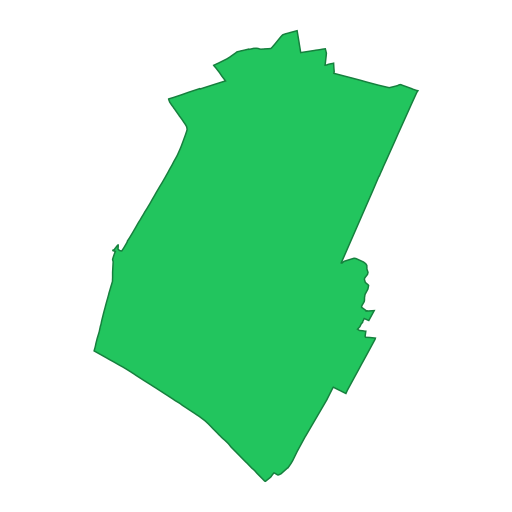 the district of Stefanestii De Jos, Ilfov, Romania
{"feature_id": "2599482B64746522486763", "entity_name": "Stefanestii De Jos", "entity_type": "district", "adm_level": 2, "iso_a3": "ROU", "parent_name": "Romania", "parent_adm1": "Ilfov", "projection": "robinson", "projection_center": [26.191, 44.546], "detail": "fine", "context": "isolated", "style": "filled", "palette": "green", "viewbox_px": 512, "rotation_deg": 0, "n_neighbors": 0, "source": "geoboundaries", "source_scale": "gbopen_adm2", "svg_char_len": 5094}
<svg xmlns="http://www.w3.org/2000/svg" viewBox="0 0 512 512"><path d="M94.1,350.9L97.3,352.7L99.8,354.1L104.8,356.9L109.7,359.7L113.4,361.7L119.3,365.1L123.0,367.1L126.8,369.4L129.2,370.9L131.7,372.5L134.2,374.1L136.2,375.5L144.3,380.7L148.3,383.2L150.7,384.7L153.3,386.4L156.2,388.2L158.8,389.9L163.9,393.2L171.3,398.0L172.1,398.5L175.3,400.7L177.0,401.7L178.4,402.5L180.3,403.7L182.2,405.2L185.1,407.1L189.8,410.2L194.7,413.4L197.0,415.0L197.4,415.2L198.0,415.6L199.5,416.6L200.4,417.3L202.4,418.8L204.8,420.6L208.5,424.0L213.0,428.7L213.6,429.3L214.2,429.9L216.0,431.7L216.7,432.4L217.4,433.1L218.6,434.4L219.4,435.2L220.4,436.1L221.4,437.2L222.8,438.5L224.8,440.2L227.1,442.4L228.5,443.8L231.1,447.1L243.8,460.0L246.2,462.4L247.1,463.2L248.8,465.0L252.0,468.3L253.6,469.6L255.1,471.1L256.8,473.1L264.7,481.1L265.5,481.3L270.8,477.0L272.2,475.0L273.9,472.9L274.2,472.9L277.3,474.7L277.4,474.8L277.5,474.8L277.8,474.9L278.1,475.0L279.5,474.5L280.9,473.8L281.0,473.8L287.5,468.0L287.8,468.0L289.2,466.1L291.1,463.3L292.7,460.6L297.3,451.2L305.4,436.3L305.6,436.1L327.0,399.5L327.3,398.8L332.7,388.1L333.2,387.3L333.3,387.2L345.5,393.3L345.9,393.5L347.4,390.2L349.9,385.6L353.7,378.6L358.9,369.1L359.0,368.9L362.0,363.3L362.8,361.9L367.6,353.1L375.0,339.4L375.4,338.1L369.9,337.5L365.6,337.3L365.1,336.4L365.8,331.2L364.8,331.2L362.9,330.8L359.6,330.5L358.9,330.1L357.5,329.2L359.9,326.6L361.2,323.9L362.6,322.4L362.7,321.6L362.9,321.1L363.5,320.0L364.2,318.5L368.8,320.5L373.5,311.9L374.2,310.6L366.9,311.1L366.9,310.8L365.9,310.9L365.8,310.4L361.6,307.3L361.6,306.7L361.9,305.6L364.1,301.8L364.4,300.8L364.5,299.5L364.5,297.7L365.0,294.5L367.6,289.6L367.9,289.0L368.6,285.5L368.2,284.9L365.3,282.4L364.4,279.4L364.7,278.0L367.5,274.4L368.0,272.3L367.0,269.4L366.8,268.1L366.9,267.5L366.8,265.4L365.7,263.7L363.5,262.0L356.1,258.6L354.8,258.3L353.8,258.3L344.1,261.3L341.9,263.1L341.2,262.9L341.3,262.6L343.8,257.0L365.2,208.0L372.6,191.1L378.9,176.3L379.1,176.3L379.5,175.6L379.7,175.0L380.6,172.9L380.9,172.2L381.6,170.7L382.5,168.7L383.3,166.7L386.1,160.6L391.9,147.7L395.7,139.2L398.4,133.0L398.5,132.8L398.7,132.4L405.6,117.1L408.8,110.0L411.3,104.4L417.3,91.3L417.5,91.4L417.9,90.7L416.4,90.4L413.8,89.5L412.7,89.2L411.9,88.7L410.2,88.1L406.4,86.7L403.0,85.5L400.7,84.6L400.2,84.6L399.4,84.8L399.0,84.9L397.6,85.6L395.8,86.1L392.6,86.9L390.9,87.3L389.4,87.7L389.1,87.6L388.3,87.5L378.1,85.1L366.1,81.9L360.9,80.4L357.5,79.5L334.5,73.5L333.8,73.2L334.2,71.7L333.9,68.4L333.6,63.2L332.9,63.4L330.2,63.9L328.1,64.4L326.6,65.0L325.1,65.2L326.2,55.5L326.4,53.2L325.3,48.8L322.4,49.2L320.9,49.5L318.4,49.9L315.9,50.2L314.3,50.5L312.3,50.8L308.5,51.4L300.7,52.6L299.1,42.9L299.1,42.7L297.1,30.7L285.9,33.7L283.0,34.7L282.5,35.0L280.8,36.8L277.4,41.0L274.2,44.9L271.4,48.1L270.7,48.5L268.8,48.7L264.8,48.9L263.0,49.1L262.3,49.1L261.9,49.2L259.9,49.1L258.6,48.6L257.7,48.4L256.8,48.3L254.8,48.3L253.2,48.4L253.0,48.5L252.3,48.7L250.5,49.1L249.6,49.3L248.8,49.4L248.7,49.1L246.6,49.6L244.6,50.1L241.9,50.7L241.2,50.8L239.5,51.3L238.0,51.6L237.3,51.8L236.9,51.9L235.7,52.9L231.7,55.7L230.1,56.9L226.9,58.9L223.7,60.5L221.7,61.5L218.5,63.1L216.7,63.9L215.5,64.5L214.4,65.0L213.7,65.3L213.9,65.6L214.0,65.8L215.6,67.6L216.0,68.1L219.5,72.6L221.7,75.9L225.5,80.9L213.5,84.7L200.1,89.0L199.8,88.6L196.1,89.8L188.5,92.3L182.6,94.4L181.8,94.7L174.6,97.1L173.1,97.6L169.0,98.8L168.7,98.9L168.6,99.0L168.7,99.3L168.9,100.0L169.1,100.5L169.4,101.2L169.5,101.7L169.9,102.4L170.7,103.6L171.5,104.8L172.3,105.9L173.1,106.9L173.7,107.9L174.3,108.7L174.9,109.4L175.3,110.1L175.8,110.8L177.7,113.5L179.2,115.6L179.3,115.9L179.7,116.4L180.2,117.0L180.9,118.0L182.1,119.6L182.3,119.9L183.6,121.9L185.0,123.9L186.0,125.5L186.6,126.7L186.8,127.4L187.0,128.7L187.1,129.6L186.7,131.1L185.4,135.0L184.0,138.8L183.1,141.3L182.2,143.7L181.3,146.1L180.2,148.8L177.4,155.1L176.0,157.7L174.0,161.2L172.0,165.1L170.5,167.7L169.6,169.3L167.8,172.7L166.2,175.5L164.9,177.9L164.8,178.0L162.1,182.7L160.0,186.1L156.0,192.9L154.5,195.6L152.1,199.7L150.0,203.5L148.3,206.3L147.0,208.5L144.8,211.9L143.6,214.1L141.8,217.0L140.1,220.0L139.1,221.5L138.3,222.8L135.8,227.2L132.5,232.9L129.6,237.7L127.3,241.2L127.3,241.9L123.8,247.9L121.8,250.9L121.1,250.9L120.6,250.8L120.0,250.7L119.3,250.3L118.4,249.5L118.1,249.2L118.0,248.7L118.1,247.8L118.2,246.1L118.2,245.0L118.1,244.9L117.8,245.1L116.8,246.2L116.1,247.1L115.9,247.5L115.5,248.0L115.2,248.2L115.1,248.3L115.0,248.6L114.5,249.2L114.2,249.6L113.9,249.8L113.5,250.0L113.2,250.1L112.9,250.2L112.9,250.6L113.1,250.7L115.4,251.4L115.0,252.2L113.8,255.5L112.9,258.3L112.6,259.6L113.2,261.9L113.1,262.8L112.8,268.4L112.6,272.2L112.6,274.5L112.6,276.2L112.6,277.6L112.5,279.7L112.5,280.2L112.5,281.3L111.7,284.0L110.9,286.6L110.5,288.0L110.1,289.4L109.5,291.4L108.9,293.4L108.8,294.0L107.6,298.4L106.9,300.8L105.8,304.8L105.0,307.9L103.8,312.3L103.1,315.1L102.1,319.1L101.5,321.7L101.0,324.3L100.4,326.2L100.2,327.2L99.6,329.9L99.3,331.5L98.4,334.5L97.2,338.4L96.7,340.4L95.9,343.6L95.4,346.1L94.9,348.1L94.7,348.7L94.1,350.9Z" fill="#22c55e" stroke="#15803d" stroke-width="1.5"/></svg>